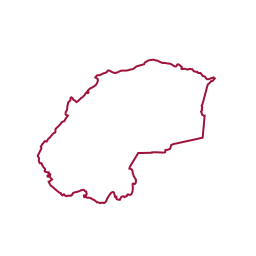 Nauzontla, Puebla, Mexico (Mercator projection), rotated 220°
{"feature_id": "50627088B22298863310989", "entity_name": "Nauzontla", "entity_type": "district", "adm_level": 2, "iso_a3": "MEX", "parent_name": "Mexico", "parent_adm1": "Puebla", "projection": "mercator", "projection_center": [-97.592, 19.962], "detail": "fine", "context": "isolated", "style": "outline", "palette": "rose", "viewbox_px": 256, "rotation_deg": 220, "n_neighbors": 0, "source": "geoboundaries", "source_scale": "gbopen_adm2", "svg_char_len": 5633}
<svg xmlns="http://www.w3.org/2000/svg" viewBox="0 0 256 256"><g transform="rotate(220 128 128)"><path d="M86.2,72.9L86.3,73.5L85.4,74.3L85.2,75.6L85.7,76.4L85.3,77.2L84.1,77.6L83.2,78.3L83.0,79.1L83.0,79.9L83.3,81.2L83.8,82.4L84.7,83.7L85.4,84.6L86.3,85.8L88.5,88.0L88.4,88.6L88.0,89.0L86.9,89.3L86.7,90.3L87.5,92.2L88.5,93.2L88.8,93.6L90.4,94.0L91.4,94.4L92.5,94.7L92.9,94.9L93.7,95.6L94.4,95.9L95.3,96.4L96.1,97.2L97.3,98.3L98.9,98.6L100.9,97.8L101.6,99.5L104.1,115.4L94.0,124.2L94.1,124.5L94.0,124.8L93.4,125.1L92.7,126.0L89.9,128.2L84.8,132.1L84.0,133.3L85.2,135.3L84.2,136.2L83.4,137.1L83.1,137.9L82.8,138.4L82.5,138.9L82.6,139.7L83.1,140.6L83.3,141.4L83.6,141.8L83.8,142.2L83.9,142.8L83.4,143.6L83.1,144.6L79.8,148.8L74.4,155.8L69.6,162.0L64.6,168.5L65.7,170.2L68.6,174.3L70.9,177.7L75.9,184.8L77.2,186.6L77.3,186.4L77.5,186.2L77.8,186.1L78.5,186.1L79.2,186.0L79.8,185.8L80.2,186.2L80.7,186.5L81.4,186.9L81.8,187.2L82.6,187.5L82.6,187.9L82.7,188.0L82.7,188.3L82.6,188.7L82.8,189.3L83.1,189.7L83.2,189.8L83.5,190.1L83.8,190.3L84.1,190.5L84.1,190.8L84.2,191.2L84.4,191.6L84.9,192.0L85.4,192.2L85.8,192.3L85.8,192.5L86.0,193.2L86.1,193.3L86.2,194.0L94.6,212.0L94.7,212.5L94.7,213.5L94.5,214.2L94.4,214.9L94.4,215.8L94.4,216.2L94.4,217.4L94.0,217.8L93.7,218.1L93.6,218.3L93.4,218.8L93.4,219.5L93.4,221.8L95.1,221.7L95.5,220.7L95.8,220.2L96.4,219.6L97.0,218.1L97.9,217.0L98.8,216.2L99.8,216.1L101.1,216.5L102.2,216.8L102.9,216.5L103.6,216.1L104.2,215.9L106.2,216.4L107.8,216.7L108.8,216.0L109.4,215.4L110.0,215.1L111.0,215.6L112.4,214.5L114.1,213.8L115.1,214.0L116.6,214.3L117.8,213.5L119.1,212.6L119.8,211.1L121.3,210.4L122.6,209.9L123.5,209.0L124.2,208.0L124.7,207.7L125.3,207.8L125.6,208.3L125.8,209.1L126.2,209.4L127.2,209.3L128.6,209.4L130.1,209.2L131.0,208.6L131.0,207.6L130.7,206.7L130.9,205.8L131.7,205.3L132.8,205.0L133.9,204.9L134.8,204.9L137.1,204.3L139.1,202.9L141.8,201.4L143.5,199.9L146.8,199.0L148.6,198.6L150.6,197.4L152.3,196.8L154.8,194.2L156.0,192.5L157.1,189.1L156.7,187.2L158.2,184.9L161.0,180.8L162.1,176.2L164.0,174.0L165.1,172.2L166.4,170.7L168.7,168.8L170.0,167.6L170.6,166.6L171.1,165.5L171.5,164.5L172.4,162.9L173.3,161.8L174.6,161.1L175.9,160.6L176.9,160.5L178.5,160.2L179.9,159.5L180.5,158.9L180.2,157.7L180.5,156.1L181.0,155.4L181.7,154.5L182.7,152.3L183.1,151.6L183.7,150.3L184.6,149.4L185.6,148.2L185.5,145.7L182.8,146.1L181.5,144.9L180.7,143.0L180.3,140.8L180.4,139.7L180.7,138.6L181.3,136.3L182.3,134.4L182.7,132.6L182.8,131.0L182.1,130.5L181.0,129.8L181.0,129.2L181.3,128.8L182.7,128.9L182.7,127.1L182.4,125.3L182.5,124.5L182.6,123.4L182.6,122.4L183.2,121.0L183.3,119.3L183.6,116.4L184.1,114.7L186.4,114.9L187.7,114.5L188.5,114.7L189.3,115.2L189.7,115.2L190.3,115.2L191.1,115.1L191.4,114.4L189.9,112.0L190.3,109.3L188.1,105.2L186.4,102.8L185.9,100.0L184.8,98.5L183.8,98.3L182.1,98.9L181.8,95.4L181.5,93.6L181.2,92.1L182.1,90.9L182.5,89.6L182.2,87.9L182.3,86.5L182.5,84.3L182.6,83.0L182.9,81.2L182.5,80.0L181.1,78.4L180.9,77.5L181.7,76.1L181.8,74.6L181.8,73.1L181.8,71.7L181.7,70.5L182.1,68.8L181.9,66.8L181.6,65.4L182.2,64.9L183.2,64.6L183.2,63.8L183.2,62.2L183.2,60.4L182.8,57.6L181.8,57.2L181.2,56.6L180.9,55.4L180.5,53.6L180.1,52.2L179.7,50.8L179.7,50.0L179.5,49.3L179.3,48.7L178.7,48.4L178.0,48.2L177.5,48.0L177.0,47.7L176.5,47.4L176.0,46.6L175.4,45.7L174.1,44.7L173.2,44.5L172.5,44.4L172.1,45.0L171.9,45.3L171.6,45.4L171.2,45.3L170.5,44.9L169.6,44.3L168.0,43.8L166.7,43.5L165.4,43.4L164.8,43.0L164.6,42.4L164.4,41.7L164.2,41.4L163.8,41.3L163.4,41.3L163.1,41.4L162.4,41.8L161.4,42.2L160.7,42.9L160.2,43.0L159.8,42.9L159.6,42.4L159.5,42.0L159.3,41.7L159.0,41.6L158.8,41.7L158.5,42.0L158.1,42.4L157.8,42.6L157.5,42.3L157.3,41.9L158.0,41.1L158.8,40.2L159.0,39.8L158.8,39.4L158.7,39.3L158.3,39.2L158.1,39.2L157.8,39.3L157.6,39.6L157.4,40.1L157.0,40.4L156.3,40.4L155.3,40.1L154.2,39.9L153.1,39.7L153.4,38.8L153.7,36.9L154.3,35.9L153.2,35.4L152.6,35.1L152.1,34.9L150.8,34.5L150.3,34.2L147.9,34.4L145.0,34.3L140.7,34.3L138.5,34.5L137.7,34.9L137.2,34.7L136.9,34.3L136.4,34.3L135.4,34.2L134.8,34.4L134.8,34.9L134.6,35.4L134.5,36.0L134.1,36.0L133.7,35.8L133.4,35.9L132.9,35.9L132.4,35.8L132.1,36.0L131.5,36.1L131.0,36.6L130.6,37.1L130.3,37.8L129.6,38.4L129.3,38.5L129.2,38.6L128.7,39.0L128.2,39.3L128.2,39.9L128.1,40.6L127.9,40.9L127.7,41.3L127.9,41.6L128.3,42.1L128.3,42.7L128.1,43.4L127.6,44.2L126.8,45.3L126.1,46.1L125.6,46.9L124.9,48.0L124.4,49.0L124.0,49.9L123.7,50.6L123.2,51.1L122.8,51.7L122.0,52.1L121.4,52.2L120.5,52.0L119.9,52.1L119.4,52.4L118.8,52.2L118.5,51.8L118.1,51.5L117.8,51.4L117.4,51.2L117.2,50.6L116.8,49.7L116.8,49.3L116.9,48.8L117.0,48.7L117.3,48.5L118.0,48.6L118.2,48.4L118.4,48.1L118.3,47.9L118.1,47.6L117.7,47.4L117.4,47.2L117.2,47.0L116.9,47.2L116.8,47.3L116.5,47.5L116.3,47.9L116.0,48.1L115.7,48.1L115.2,48.1L114.7,48.3L114.3,48.5L114.0,48.7L113.7,49.1L113.2,49.5L112.4,50.0L111.7,50.2L111.3,50.3L110.7,50.4L110.2,50.5L109.9,50.5L109.4,50.5L108.6,50.8L108.0,51.0L107.5,51.1L106.9,51.2L106.4,51.1L105.2,51.2L104.3,51.1L104.0,51.1L103.7,51.5L102.8,51.9L102.2,52.2L101.6,52.3L101.2,52.5L101.0,52.8L100.6,53.4L99.9,53.8L99.4,54.4L98.8,54.9L98.4,54.9L97.9,55.5L97.6,56.3L97.6,56.9L97.8,57.9L97.9,58.7L98.1,59.4L98.5,60.4L98.8,62.1L99.0,63.0L99.1,64.8L99.2,66.0L99.3,67.4L98.9,68.5L98.3,69.4L97.8,69.5L96.9,69.3L96.2,68.7L95.5,68.4L94.9,67.8L94.4,67.6L93.9,67.3L93.8,67.2L93.7,66.9L93.5,67.0L93.1,67.5L92.7,67.9L92.5,67.7L92.0,67.0L91.7,66.6L91.4,66.3L91.2,66.3L90.8,66.4L90.1,66.6L89.5,66.8L88.9,67.1L88.1,67.8L88.3,68.2L88.3,68.7L88.6,69.5L88.7,70.4L88.7,71.2L88.5,71.7L88.0,72.4L87.6,72.7L87.0,72.7L86.7,72.8L86.2,72.9Z" fill="none" stroke="#9f1239" stroke-width="2"/></g></svg>